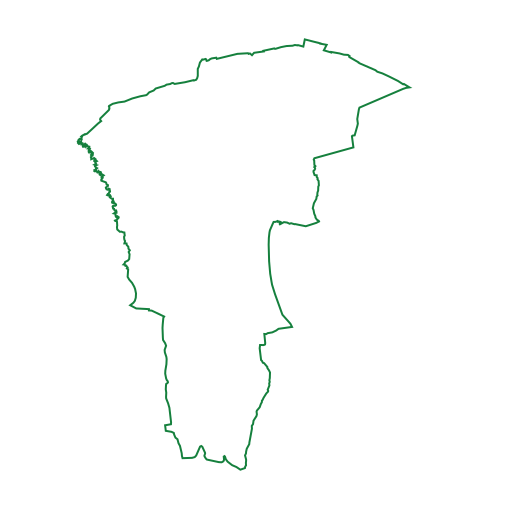 the district of Topana, Olt, Romania, rotated 175°
{"feature_id": "2599482B92516627425208", "entity_name": "Topana", "entity_type": "district", "adm_level": 2, "iso_a3": "ROU", "parent_name": "Romania", "parent_adm1": "Olt", "projection": "albers", "projection_center": [24.532, 44.851], "detail": "fine", "context": "isolated", "style": "outline", "palette": "green", "viewbox_px": 512, "rotation_deg": 175, "n_neighbors": 0, "source": "geoboundaries", "source_scale": "gbopen_adm2", "svg_char_len": 6103}
<svg xmlns="http://www.w3.org/2000/svg" viewBox="0 0 512 512"><g transform="rotate(175 256 256)"><path d="M188.5,467.5L190.6,460.5L195.8,462.4L196.2,462.2L198.9,462.8L201.2,462.3L207.3,462.5L212.9,461.9L218.5,460.7L219.3,460.8L219.7,461.2L230.7,459.8L230.5,459.1L240.2,458.6L242.5,456.4L244.4,458.3L245.8,458.0L246.3,458.7L256.9,459.0L277.9,455.8L278.3,457.0L282.8,456.7L284.4,456.2L286.0,455.1L287.6,454.7L288.2,454.7L288.6,456.3L289.0,456.7L291.8,456.2L292.4,456.5L295.0,453.6L296.4,449.7L297.7,447.5L298.3,440.5L299.1,438.3L300.2,436.8L302.6,436.2L303.0,436.6L311.6,435.3L322.0,434.5L323.7,435.6L324.9,435.5L326.5,434.8L330.2,434.5L332.1,433.5L341.3,431.6L343.5,429.8L348.2,428.3L350.4,426.3L351.4,425.8L357.4,425.2L365.6,423.7L373.5,421.3L379.7,421.0L385.5,420.1L389.3,418.3L389.5,417.9L389.1,417.2L389.4,416.1L389.2,415.6L389.8,414.3L399.0,406.7L399.4,405.8L399.3,405.1L398.5,403.9L401.6,401.9L413.6,392.6L415.9,391.9L416.0,392.2L418.7,391.0L419.6,390.3L419.0,389.9L419.7,388.8L419.4,387.5L419.8,386.8L420.6,387.9L421.5,388.1L422.7,387.0L422.1,385.8L423.2,385.9L423.6,385.6L423.5,385.1L422.4,384.9L422.5,384.4L423.3,383.9L422.6,383.0L421.8,383.3L421.0,385.2L420.3,385.2L420.2,383.0L419.4,383.6L418.8,383.3L419.1,381.0L418.8,379.9L417.6,379.9L416.9,382.4L416.4,382.8L415.7,382.1L415.8,381.3L416.4,380.6L416.0,379.6L414.6,381.0L413.9,379.8L412.5,379.4L412.6,378.7L413.9,377.7L412.3,377.3L413.5,375.6L413.6,374.3L413.3,373.6L413.0,373.6L411.8,375.4L411.0,374.6L411.8,373.9L411.6,373.5L411.1,373.2L410.0,373.5L409.5,372.9L409.9,372.3L409.6,371.9L409.9,370.7L411.2,371.3L411.6,371.0L411.0,369.7L411.9,368.9L411.6,368.0L411.7,366.8L408.7,367.7L407.4,366.4L407.7,365.8L408.6,365.7L408.8,365.1L407.0,365.1L406.3,364.4L408.1,363.7L407.3,361.9L408.9,361.1L407.1,360.4L408.4,359.9L408.6,359.3L407.5,357.9L406.6,357.3L406.9,357.0L407.9,356.8L407.9,355.9L408.2,355.5L409.5,355.7L409.7,354.7L409.3,354.4L407.5,354.5L406.8,353.2L405.5,354.3L405.1,352.9L404.2,353.4L403.4,353.2L403.2,352.5L404.7,351.3L404.7,350.8L403.8,350.0L403.4,351.2L402.9,351.3L400.7,349.6L402.5,348.5L402.0,347.6L402.9,347.2L402.4,346.6L403.6,345.3L403.5,344.5L399.2,342.5L398.9,342.0L398.6,340.3L397.3,339.5L397.4,338.7L399.6,337.3L399.5,336.4L399.0,335.4L398.1,335.0L396.9,336.0L395.9,335.3L396.4,333.8L395.8,333.5L395.8,332.9L397.1,331.6L397.2,330.6L398.2,330.7L399.0,329.7L397.2,328.8L396.0,329.2L395.5,328.0L396.4,327.1L394.7,325.6L393.5,325.5L393.6,324.2L394.7,322.4L394.7,321.7L394.3,321.5L393.7,322.7L393.0,322.7L392.7,320.7L391.6,320.5L390.9,319.5L391.0,318.8L391.7,318.3L394.0,318.4L394.5,317.9L394.2,315.7L393.3,315.4L393.2,314.4L392.8,313.7L391.4,313.6L391.1,312.4L391.2,311.4L392.3,311.7L393.8,310.8L392.3,310.3L392.4,308.2L391.9,307.0L391.3,306.8L391.4,307.8L390.7,307.8L389.4,306.6L389.9,305.5L391.0,305.1L391.3,304.2L393.4,303.6L393.2,303.2L392.0,302.8L391.5,302.2L391.6,298.4L392.0,296.9L391.9,294.5L389.5,292.0L387.9,292.0L386.5,291.2L385.1,290.9L385.0,287.8L385.7,286.8L385.8,285.6L385.7,283.6L385.1,282.3L386.0,280.0L383.9,279.8L383.8,278.2L382.4,276.4L382.4,274.4L381.2,272.7L382.5,271.1L381.8,268.8L382.6,264.0L384.0,262.6L386.9,261.5L387.4,260.2L388.6,259.1L387.4,258.8L387.0,257.6L386.0,257.7L385.7,256.7L384.9,255.8L385.7,254.8L384.5,253.9L385.7,246.4L384.4,243.6L381.8,240.0L380.0,236.0L379.3,233.5L378.8,229.1L379.4,224.9L380.6,221.9L382.2,220.1L385.6,217.9L379.9,214.2L367.3,212.4L367.4,211.1L364.7,210.7L352.8,203.7L353.7,202.5L354.9,195.9L355.4,192.5L355.9,182.7L355.9,180.4L354.1,177.0L353.4,174.4L355.2,170.4L355.2,167.9L354.1,163.3L354.0,161.1L354.7,155.9L356.3,149.7L356.7,146.7L356.2,141.8L355.7,140.2L354.9,139.0L354.7,137.9L355.2,137.2L356.6,136.4L356.9,135.2L357.5,131.0L357.3,127.7L357.9,123.3L357.9,121.9L356.4,116.9L355.5,112.3L355.1,97.6L355.4,95.8L361.3,95.3L361.1,89.7L355.5,88.2L353.3,86.9L353.1,85.2L352.1,82.1L350.2,80.3L349.5,76.2L348.3,73.5L347.2,66.0L347.2,63.3L346.8,61.0L337.3,60.5L334.6,61.0L333.0,62.4L328.3,71.0L327.1,71.5L326.1,70.6L323.9,64.4L323.9,63.7L324.8,61.6L324.7,60.8L323.6,58.6L322.7,57.5L311.0,53.9L308.3,53.5L307.1,53.9L305.9,54.9L305.6,56.0L305.6,59.0L304.8,59.4L304.3,58.6L303.8,56.2L302.2,53.6L298.0,49.7L293.9,47.5L290.2,44.5L285.5,45.7L285.1,47.2L284.2,48.3L284.1,50.8L283.7,52.8L283.6,54.2L284.3,58.3L283.2,60.2L282.9,62.0L282.0,64.8L279.1,69.2L278.9,70.6L275.1,84.3L275.0,87.1L273.6,88.8L272.8,92.2L269.5,96.5L268.9,98.2L269.0,100.9L268.6,101.9L265.5,105.0L264.1,108.1L262.9,109.9L262.7,111.4L262.0,112.0L260.8,114.1L257.7,118.2L255.8,119.9L255.6,120.7L256.0,121.7L253.9,126.0L254.0,127.8L253.3,129.4L253.5,131.1L252.9,133.1L252.2,138.7L253.0,140.9L254.2,143.0L254.5,143.8L254.4,144.5L257.3,148.6L258.5,149.1L259.2,151.0L260.0,151.9L260.4,163.8L259.7,167.0L256.1,166.6L254.7,167.1L254.4,168.5L254.5,177.6L252.7,177.3L251.1,178.1L246.4,178.5L242.4,180.0L239.9,181.5L226.3,182.2L227.6,185.5L234.8,195.2L240.4,216.4L242.5,226.0L242.8,229.3L243.4,237.1L243.4,249.5L242.4,266.2L241.6,273.0L240.5,278.4L239.9,280.4L236.7,286.3L235.5,288.4L233.4,288.3L231.4,289.0L231.1,288.7L231.4,288.5L231.3,288.2L230.2,288.4L230.0,287.9L228.7,287.9L228.0,287.3L228.1,286.9L229.0,286.8L229.6,285.9L229.4,285.5L225.2,287.3L222.1,286.6L219.7,285.2L218.2,285.6L214.9,284.3L214.3,284.4L203.8,281.3L193.2,283.7L190.2,284.9L190.4,285.5L192.2,286.9L193.4,289.1L193.4,290.4L194.3,293.0L194.7,296.9L195.3,298.6L193.7,303.5L190.9,307.7L190.4,310.0L189.4,310.9L189.6,311.9L189.2,314.0L188.4,315.7L187.9,319.7L187.2,320.9L187.1,325.4L188.1,327.0L187.8,328.2L188.6,329.4L188.5,331.1L190.6,331.5L191.4,334.8L191.2,335.9L190.2,336.6L189.5,337.7L189.5,338.5L190.2,339.5L189.0,340.4L189.9,341.6L189.7,346.0L190.1,346.9L189.3,348.3L149.5,355.7L150.0,367.0L149.3,367.5L147.2,367.6L143.7,376.8L143.0,379.0L143.2,383.6L140.7,393.2L140.0,394.8L94.8,409.7L91.8,410.4L88.4,410.6L93.7,414.5L94.4,414.2L99.3,418.0L108.1,423.4L114.2,426.9L119.1,429.0L120.8,430.7L135.6,438.7L137.0,439.7L137.0,440.0L145.3,445.8L145.8,446.3L145.4,447.1L146.9,448.3L150.9,448.9L155.1,450.5L163.3,452.7L163.4,452.2L170.5,455.0L167.2,460.2L173.4,461.9L173.3,462.2L188.5,467.5Z" fill="none" stroke="#15803d" stroke-width="2"/></g></svg>